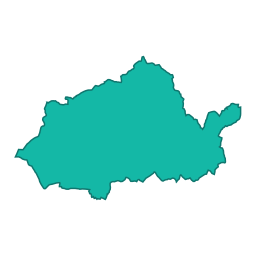 Rocafuerte, Manabi, Ecuador
{"feature_id": "8360857B52091379979635", "entity_name": "Rocafuerte", "entity_type": "district", "adm_level": 2, "iso_a3": "ECU", "parent_name": "Ecuador", "parent_adm1": "Manabi", "projection": "natural_earth1", "projection_center": [-80.385, -0.898], "detail": "fine", "context": "isolated", "style": "filled", "palette": "teal", "viewbox_px": 256, "rotation_deg": 0, "n_neighbors": 0, "source": "geoboundaries", "source_scale": "gbopen_adm2", "svg_char_len": 5848}
<svg xmlns="http://www.w3.org/2000/svg" viewBox="0 0 256 256"><path d="M238.4,104.4L237.7,104.4L237.6,104.6L234.8,104.3L233.7,103.7L232.8,103.5L232.0,103.6L231.3,103.8L231.0,104.1L230.6,105.0L229.7,105.9L227.1,107.2L226.6,107.3L226.6,107.7L226.9,108.5L226.4,108.2L225.6,108.2L225.0,108.8L224.8,109.7L224.1,110.6L223.9,110.7L222.4,110.7L222.0,110.9L221.7,111.5L221.6,112.7L220.1,115.0L219.5,116.1L218.7,115.3L217.9,114.2L216.5,112.7L214.8,111.5L214.2,111.4L213.1,111.5L210.9,112.0L208.7,112.8L207.5,115.7L206.6,119.3L206.3,119.5L205.9,120.3L205.6,121.3L205.5,122.3L204.5,124.1L204.4,125.0L204.5,126.0L204.4,126.5L204.0,127.2L202.6,129.3L201.8,128.2L200.4,127.7L200.4,126.6L200.2,126.1L199.3,124.7L198.3,123.6L197.9,122.9L197.3,121.1L197.1,119.9L195.4,119.3L193.9,119.5L193.6,119.1L193.0,117.7L190.4,115.6L189.0,114.6L187.5,114.6L187.0,114.8L186.0,115.6L185.1,112.8L185.1,111.4L184.9,110.6L184.0,108.8L183.1,108.5L182.7,108.1L182.7,107.8L183.1,106.5L183.3,104.1L183.3,103.0L182.9,102.1L182.9,101.9L183.0,101.3L183.8,99.1L181.9,97.4L181.1,96.8L180.7,94.2L180.3,94.2L179.7,93.5L179.3,92.0L178.9,91.5L178.1,90.9L175.4,90.4L174.7,90.1L173.9,88.9L173.4,87.8L173.4,87.0L173.7,85.8L173.6,84.4L173.3,83.3L172.5,81.8L172.3,79.7L171.9,78.8L173.3,77.5L172.7,75.2L172.2,74.7L170.9,74.8L170.3,74.6L169.1,73.5L166.3,71.9L165.3,70.8L163.7,69.8L162.8,69.0L161.5,68.4L161.2,67.9L160.7,66.9L159.1,64.7L155.4,65.3L154.5,64.8L154.0,64.0L153.6,63.7L152.2,63.1L151.4,63.1L149.9,63.4L148.4,63.5L147.3,63.5L146.9,63.3L146.5,62.9L145.1,59.9L144.4,59.0L143.9,57.3L143.4,56.6L142.2,57.0L142.0,57.6L141.5,60.1L141.2,61.0L140.5,61.3L139.2,61.1L138.8,61.3L135.4,63.7L134.0,65.3L133.7,65.9L133.7,66.3L134.1,67.1L134.1,67.6L133.5,68.9L132.4,69.1L130.5,70.6L128.6,71.3L127.5,72.8L127.1,73.6L126.4,74.2L125.2,74.6L123.0,74.7L122.4,75.0L121.5,76.1L120.8,76.3L121.2,78.2L121.5,80.7L121.5,81.5L121.2,82.4L119.9,82.4L118.6,82.1L117.3,82.1L116.1,81.7L114.5,81.8L112.6,80.8L111.6,80.6L110.3,79.9L109.0,79.6L107.9,79.7L105.2,81.8L104.4,81.9L104.5,83.0L104.2,83.5L101.3,84.4L100.3,85.2L98.4,86.2L95.7,85.6L94.8,86.2L92.0,89.8L91.4,90.0L88.1,90.1L85.9,90.7L83.9,91.5L80.8,93.1L80.0,93.8L78.8,94.6L76.2,95.8L76.3,96.3L74.1,97.4L73.5,98.4L72.9,98.9L72.4,98.8L71.5,98.1L70.7,97.9L70.0,97.5L68.9,97.7L67.8,97.1L67.2,97.2L66.0,97.0L65.7,97.2L65.3,98.4L65.4,98.9L65.9,99.3L67.1,99.2L67.9,100.0L68.1,100.4L67.9,102.8L67.9,104.3L65.6,104.1L63.5,104.8L60.4,104.4L59.7,104.1L59.2,103.6L58.5,102.6L58.2,102.6L57.0,102.2L55.7,101.0L55.2,100.8L54.6,101.0L53.4,100.8L51.7,100.9L50.5,101.4L48.3,102.9L48.0,102.8L48.1,102.4L47.0,102.3L47.1,102.5L46.8,102.9L45.8,105.9L44.9,107.7L44.5,108.9L44.9,109.7L45.2,110.1L45.2,112.4L46.3,114.8L46.3,115.5L45.6,116.1L43.5,117.4L43.0,118.0L42.7,119.5L42.8,120.2L44.3,122.9L44.5,124.4L44.4,125.3L44.0,125.8L43.5,126.1L42.5,126.1L41.3,127.0L40.8,128.1L39.8,132.7L38.5,136.1L37.7,136.7L35.5,137.5L33.9,138.4L31.1,140.4L28.6,142.9L27.2,143.9L23.0,149.7L18.6,149.5L16.9,153.7L15.4,156.9L18.5,156.8L20.6,157.6L22.5,159.0L24.9,159.8L26.7,159.9L27.0,160.1L28.4,164.2L29.0,165.0L30.2,165.6L31.8,166.1L32.8,168.0L34.6,170.8L35.2,172.1L36.2,173.2L39.2,179.4L39.7,181.5L41.2,184.5L43.5,188.0L44.1,188.6L45.0,188.7L45.6,188.4L48.4,185.5L48.8,185.1L49.8,184.6L52.1,184.2L56.7,182.9L59.7,182.7L59.8,183.0L59.9,183.6L59.4,185.9L59.4,186.6L61.4,186.6L61.5,186.7L61.6,187.6L62.0,188.0L63.1,188.3L64.3,188.4L66.1,189.1L68.4,189.2L70.6,188.4L75.3,188.4L76.7,188.6L79.3,188.9L79.7,189.2L82.4,188.9L85.9,189.1L89.7,189.6L88.8,191.2L89.1,191.7L89.7,193.6L90.0,193.8L90.6,193.6L91.1,194.3L91.5,195.4L91.5,196.6L91.8,197.3L92.6,197.1L93.4,196.6L94.2,198.4L94.7,198.3L95.4,197.6L96.9,199.2L97.3,198.7L100.2,199.1L101.1,197.4L102.0,197.9L103.2,198.3L104.8,199.2L105.3,199.4L106.1,198.0L107.0,195.4L107.3,194.0L107.7,194.1L107.7,193.9L109.1,192.4L109.3,191.9L109.3,191.0L110.2,189.4L110.4,187.2L110.1,185.4L110.1,183.5L110.3,183.0L111.2,182.1L112.7,181.6L114.6,181.7L117.4,180.7L118.9,180.8L120.7,181.6L122.3,181.4L123.0,181.0L124.9,179.6L125.7,178.0L125.8,177.5L126.3,177.4L127.5,177.7L129.1,178.7L129.6,179.2L130.2,180.5L130.8,181.3L132.8,181.3L134.4,181.0L135.9,181.2L136.7,181.6L137.4,180.4L138.2,179.7L139.0,179.5L139.3,179.6L139.7,180.3L140.1,180.6L141.7,181.3L142.6,181.9L143.0,181.9L143.6,181.0L144.7,179.8L145.4,178.8L146.1,178.0L146.3,178.0L150.0,175.7L152.4,173.9L153.4,173.2L154.2,172.0L154.8,172.1L155.5,172.7L156.7,174.9L157.7,176.4L158.8,177.3L161.5,180.4L162.0,180.7L162.9,181.0L163.4,180.9L164.1,180.4L165.8,179.7L167.3,179.6L168.3,178.9L170.5,179.2L172.2,178.2L172.7,178.1L173.8,178.3L174.6,178.7L176.0,180.5L176.4,182.0L176.7,181.7L177.5,180.4L178.9,179.3L179.2,178.9L180.2,175.3L180.6,175.0L180.8,174.9L181.3,175.3L182.5,176.9L184.4,178.5L185.2,179.3L185.7,179.4L187.1,178.8L188.6,178.7L190.0,177.9L191.6,180.1L192.3,180.5L193.2,181.4L194.3,181.4L194.8,181.2L195.7,180.2L197.1,180.2L197.9,179.9L198.4,179.5L198.9,178.4L199.5,177.8L204.4,174.6L205.6,174.1L206.5,174.1L207.4,171.7L208.0,170.8L208.2,170.2L210.3,171.0L212.0,173.4L214.3,174.4L214.9,171.8L215.0,169.9L216.5,168.1L218.0,167.1L218.2,166.6L218.2,166.2L217.8,165.0L218.2,164.2L218.4,164.0L219.6,163.6L221.0,162.7L223.5,162.4L224.2,162.8L224.9,162.8L225.2,162.5L225.4,162.1L225.4,161.2L225.2,158.3L224.5,156.9L224.3,155.5L223.7,154.0L223.4,150.6L222.5,148.4L222.2,148.0L221.3,147.9L220.5,147.6L219.5,146.9L220.1,146.4L220.6,145.4L220.7,142.5L221.7,139.4L221.9,137.9L219.5,136.9L218.4,136.1L218.4,135.6L219.0,134.1L219.8,132.9L221.0,130.2L221.3,129.8L222.1,129.3L222.6,128.2L224.3,127.2L225.0,126.4L225.4,125.8L226.4,126.3L227.0,126.4L228.2,125.5L231.1,124.9L232.6,123.7L234.0,122.9L235.8,122.2L236.4,121.5L236.7,120.7L239.0,119.4L239.5,118.7L239.9,117.8L240.5,115.3L240.6,113.9L240.6,107.1L239.9,107.3L238.4,107.3L238.1,106.6L238.1,105.7L238.4,104.8L238.4,104.4Z" fill="#14b8a6" stroke="#0f766e" stroke-width="1.5"/></svg>